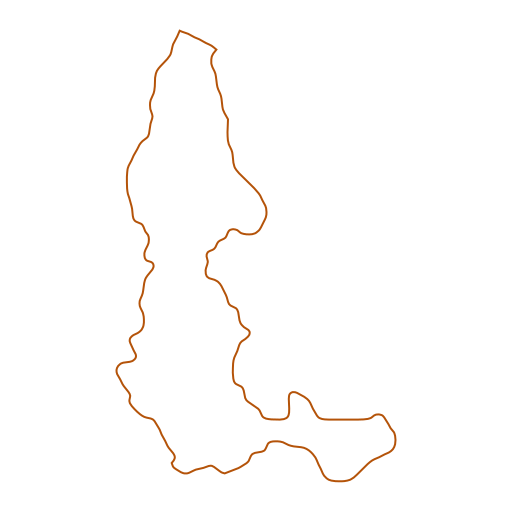 Los Cacaos, San Cristóbal, Dominican Republic
{"feature_id": "3306468B25553756069478", "entity_name": "Los Cacaos", "entity_type": "district", "adm_level": 2, "iso_a3": "DOM", "parent_name": "Dominican Republic", "parent_adm1": "San Cristóbal", "projection": "albers", "projection_center": [-70.319, 18.609], "detail": "fine", "context": "isolated", "style": "outline", "palette": "amber", "viewbox_px": 512, "rotation_deg": 0, "n_neighbors": 0, "source": "geoboundaries", "source_scale": "gbopen_adm2", "svg_char_len": 5353}
<svg xmlns="http://www.w3.org/2000/svg" viewBox="0 0 512 512"><path d="M179.7,30.7L177.2,36.5L173.1,44.3L172.4,46.8L171.3,51.9L170.5,54.4L169.8,55.6L167.3,59.0L160.4,66.3L158.5,68.5L156.9,70.9L155.9,73.5L155.1,77.7L154.8,86.4L154.3,90.7L153.6,93.4L150.7,100.0L150.1,102.6L150.0,105.2L150.3,109.0L152.1,114.3L152.5,116.3L152.2,118.4L150.5,123.8L149.0,133.8L148.2,136.0L147.6,137.0L146.8,137.8L142.5,141.1L140.9,142.8L139.5,144.7L137.2,149.3L133.6,155.6L131.5,160.4L128.7,165.7L127.8,168.2L127.5,169.6L127.2,172.4L126.9,176.7L126.9,182.6L127.1,188.4L127.4,191.2L127.9,194.0L129.3,198.1L131.5,206.1L132.1,208.9L132.8,215.9L133.4,218.5L134.0,219.6L134.7,220.6L135.5,221.3L136.4,221.8L141.1,223.8L141.9,224.4L142.6,225.2L143.6,227.1L145.1,231.0L145.6,231.9L148.0,235.0L148.7,237.1L148.9,239.5L148.7,242.0L148.5,243.2L147.6,245.5L145.5,249.7L144.7,252.0L144.4,253.2L144.4,255.6L144.8,257.9L145.3,258.9L145.9,259.8L146.7,260.5L147.6,260.9L151.1,262.0L151.9,262.5L152.7,263.2L153.2,264.1L153.5,265.1L153.6,266.2L153.4,267.3L152.4,269.5L147.5,275.5L146.0,277.7L145.4,278.9L144.9,280.3L144.2,283.1L143.2,290.4L142.7,293.2L141.9,295.6L140.5,298.8L139.7,301.0L139.5,303.5L139.8,306.0L140.6,308.1L142.7,312.4L143.1,313.7L143.7,316.6L143.9,319.5L143.9,322.5L143.5,325.4L143.1,326.8L141.9,329.2L141.2,330.2L139.5,331.8L137.6,333.1L133.4,335.1L131.7,336.4L130.3,338.0L129.9,339.0L129.7,340.1L129.7,341.2L130.3,343.1L133.6,350.3L135.6,354.1L135.9,355.1L136.0,356.2L135.8,357.4L135.3,358.4L134.6,359.3L132.9,360.7L131.9,361.2L129.8,361.8L123.2,362.7L121.0,363.5L120.0,364.2L118.2,365.9L117.0,368.0L116.5,370.0L116.6,372.1L117.2,374.2L120.2,379.4L122.5,384.1L123.8,386.1L128.4,391.9L129.6,393.8L130.2,395.7L130.1,396.7L129.4,400.2L129.4,401.2L129.9,403.2L131.8,406.1L134.3,408.9L137.1,411.7L140.0,414.2L142.1,415.7L144.3,416.9L146.5,417.6L150.7,418.5L152.6,419.3L153.4,419.9L154.6,421.2L158.5,427.6L159.7,429.7L161.6,434.5L165.2,441.0L167.4,445.7L168.7,447.8L173.3,453.4L174.4,455.4L174.7,456.4L174.8,457.5L174.6,458.6L173.7,460.5L171.7,463.0L172.8,466.1L173.4,467.1L174.2,467.9L176.0,469.2L180.9,472.2L183.1,473.1L184.4,473.4L187.0,473.4L188.2,473.1L189.3,472.7L193.6,470.6L195.9,469.6L203.4,467.9L208.7,466.0L210.8,465.7L212.0,465.9L214.1,467.0L219.2,470.8L221.2,472.2L222.3,472.7L224.7,473.4L238.4,468.1L240.6,466.9L246.5,463.2L248.1,461.7L248.7,460.9L250.8,456.1L252.0,454.4L252.9,453.8L254.9,452.9L261.7,451.7L263.7,450.9L264.6,450.3L265.7,448.6L267.8,444.0L268.4,443.2L269.4,442.5L270.6,441.9L273.1,441.4L277.3,441.3L280.2,441.6L283.0,442.3L288.5,445.0L291.0,445.8L293.8,446.4L301.1,447.2L303.9,447.8L306.5,448.9L308.9,450.4L311.0,452.2L312.9,454.2L315.4,457.5L316.6,459.9L318.6,464.6L320.8,468.9L322.8,473.5L324.1,475.7L326.6,478.3L328.7,479.7L331.4,480.6L335.7,481.2L341.5,481.3L344.4,481.1L347.3,480.6L350.0,479.8L351.3,479.1L353.8,477.5L357.0,474.6L367.6,464.1L369.8,462.2L372.1,460.5L374.5,459.2L379.2,457.2L384.6,454.4L388.0,452.9L389.2,452.3L391.2,450.9L392.9,449.2L394.2,447.0L395.1,444.3L395.5,440.0L395.1,435.8L394.4,433.3L393.9,432.2L390.6,428.2L388.4,424.1L384.2,417.4L382.7,415.7L381.7,415.1L379.5,414.5L378.3,414.4L376.1,414.6L374.2,415.4L371.3,417.7L370.2,418.2L367.9,418.9L363.7,419.4L357.8,419.6L329.1,419.6L324.8,419.4L322.1,419.0L319.6,418.1L318.5,417.4L317.0,415.7L312.9,408.7L310.3,403.0L309.0,400.9L307.3,399.1L304.2,396.8L297.1,392.9L295.1,392.2L292.7,392.1L291.6,392.5L290.5,393.2L289.7,394.1L289.2,395.2L289.0,396.4L288.8,398.9L289.2,408.5L289.1,412.5L288.6,415.0L288.1,416.2L287.3,417.3L286.3,418.1L283.9,419.1L279.9,419.6L271.4,419.4L268.7,419.1L266.0,418.6L263.8,417.6L262.9,416.9L262.1,415.9L259.6,410.5L258.2,408.8L248.0,401.7L246.4,400.2L245.2,398.0L243.7,390.5L242.8,388.3L242.1,387.4L241.3,386.6L236.2,384.1L235.2,383.3L234.5,382.3L233.9,381.1L233.3,378.5L232.8,372.7L232.9,368.1L233.1,363.5L233.5,360.5L234.3,357.6L237.3,351.0L239.2,345.1L240.2,343.1L241.7,341.4L245.3,339.0L248.0,336.6L249.3,334.8L249.6,333.7L249.7,332.5L249.5,331.5L248.4,330.0L243.9,327.1L242.0,325.2L241.1,324.1L240.4,322.9L239.5,320.3L238.2,312.2L237.3,309.9L236.6,308.9L235.9,308.2L230.5,305.5L229.0,304.0L228.1,302.0L226.8,297.3L225.8,294.8L221.5,286.2L220.0,283.9L218.0,281.8L216.8,281.0L214.5,279.8L209.1,278.2L207.3,276.9L206.6,276.0L205.8,273.8L205.6,270.2L206.1,267.9L207.3,264.3L207.8,262.0L207.7,260.9L206.6,256.5L206.7,254.4L207.6,252.5L208.3,251.8L210.0,250.9L212.7,249.8L214.3,248.7L215.5,247.1L217.2,243.4L218.4,241.7L220.1,240.5L223.8,238.8L225.5,237.6L226.5,235.9L227.6,233.2L228.5,231.4L229.2,230.6L230.1,229.9L232.2,229.3L233.3,229.2L235.4,229.5L237.4,230.2L240.3,232.6L241.3,233.2L243.7,233.9L246.4,234.3L249.3,234.4L252.1,234.2L254.9,233.4L256.3,232.6L258.6,230.7L259.6,229.6L261.0,227.3L264.8,219.7L265.8,217.4L266.4,214.7L266.5,212.1L266.1,208.1L265.3,205.7L262.4,200.3L260.2,195.6L258.7,193.4L254.2,188.2L239.1,173.3L236.4,170.1L234.9,167.8L234.4,166.6L233.4,162.7L232.6,154.7L232.2,152.2L231.4,149.8L228.8,144.3L227.9,140.4L227.6,136.3L227.5,132.2L228.0,119.3L224.4,112.9L222.9,109.4L222.4,106.8L221.5,98.8L221.0,96.2L220.2,93.8L218.2,89.4L217.4,87.0L216.9,84.4L215.9,76.4L215.4,73.8L214.5,71.4L212.4,67.1L211.6,64.7L211.3,63.4L211.3,59.5L211.7,56.9L212.2,55.6L213.3,53.5L216.4,49.6L213.5,47.2L211.5,45.7L209.2,44.5L205.7,42.9L199.3,39.3L194.5,37.3L188.1,33.8L182.0,31.7L179.7,30.7Z" fill="none" stroke="#b45309" stroke-width="2"/></svg>